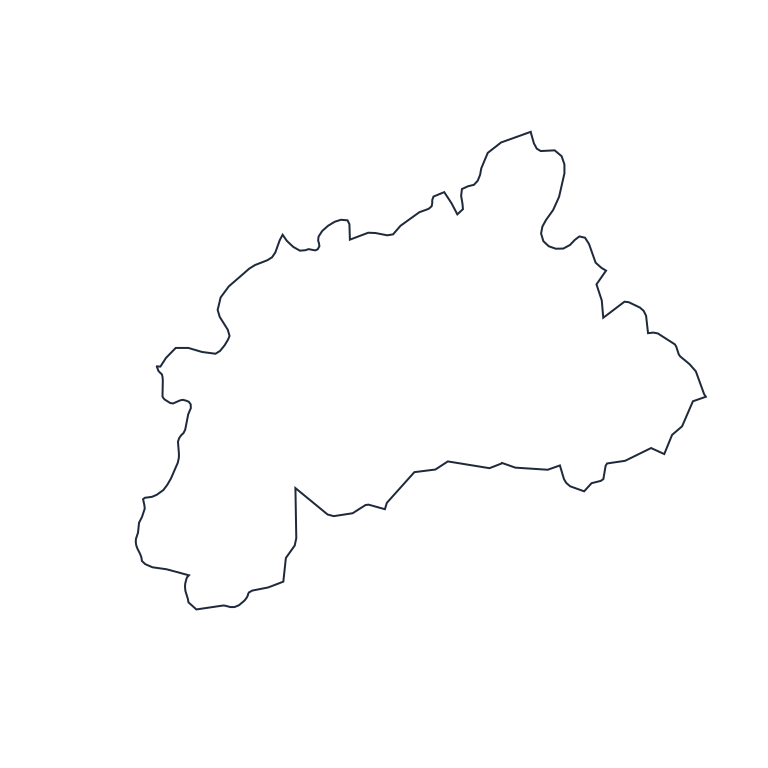 an SVG outline of Orense, rotated 157°
{"feature_id": "ESP-5838", "entity_name": "Orense", "entity_type": "Autonomous Community", "adm_level": 1, "iso_a3": "ESP", "parent_name": "Spain", "parent_adm1": "", "projection": "natural_earth1", "projection_center": [-7.513, 42.192], "detail": "fine", "context": "isolated", "style": "outline", "palette": "slate", "viewbox_px": 768, "rotation_deg": 157, "n_neighbors": 0, "source": "natural_earth", "source_scale": "10m", "svg_char_len": 2778}
<svg xmlns="http://www.w3.org/2000/svg" viewBox="0 0 768 768"><g transform="rotate(157 384 384)"><path d="M146.5,443.5L141.8,440.1L140.6,432.7L141.8,413.0L138.5,406.0L135.3,401.6L149.5,392.7L150.9,375.8L156.3,359.3L130.5,365.8L126.8,363.7L118.6,354.4L116.4,349.9L116.1,344.4L121.1,327.6L116.0,326.1L112.2,323.6L100.7,306.7L100.4,304.0L101.1,296.1L100.6,293.7L95.0,282.9L92.0,273.8L93.3,249.7L92.7,246.5L106.4,247.4L126.1,228.6L138.7,224.6L153.4,210.0L163.2,220.7L192.1,219.1L209.7,223.7L211.9,222.2L219.2,210.8L222.2,210.1L231.7,211.6L241.7,207.0L252.6,217.1L254.9,221.7L255.5,226.2L253.9,240.3L266.8,241.1L295.8,255.7L306.3,265.3L306.9,264.9L319.8,265.3L355.5,287.8L370.1,285.2L390.5,291.0L427.8,273.5L432.1,268.4L445.4,279.0L448.3,279.8L463.4,277.3L481.9,282.0L486.9,285.9L506.2,322.8L525.0,276.3L529.3,270.2L542.3,262.2L553.9,241.4L570.2,242.0L585.9,245.3L589.8,244.9L591.2,243.7L591.9,242.7L593.5,241.2L596.9,239.2L604.1,237.0L608.8,237.1L612.6,238.7L617.1,242.2L618.8,243.0L644.8,249.8L649.3,259.4L648.5,263.0L647.7,270.9L646.5,274.9L645.0,277.9L642.1,281.7L640.9,283.0L638.3,284.1L656.5,298.4L668.8,305.8L674.2,311.5L676.0,315.7L675.1,319.0L674.9,322.5L675.3,329.0L675.1,332.3L674.3,335.4L672.9,338.3L668.5,343.3L663.7,352.0L658.8,356.1L652.9,362.8L651.9,366.2L650.8,372.1L648.6,372.7L641.7,370.8L636.5,370.8L628.5,372.6L622.7,376.0L617.0,380.3L604.5,392.2L601.7,396.2L600.2,399.4L596.2,411.4L593.7,414.2L590.7,416.1L587.7,417.2L584.8,419.7L576.0,432.7L571.2,437.3L569.9,440.8L570.6,443.9L572.9,446.2L575.5,448.1L578.3,448.6L585.7,448.5L588.2,450.0L592.0,455.5L592.5,456.9L592.8,459.0L586.3,473.5L585.1,477.0L584.7,479.6L586.5,483.9L586.3,488.9L586.2,489.0L583.0,487.4L574.5,493.2L561.6,498.6L550.1,493.7L539.0,484.6L527.3,477.7L522.0,478.5L515.6,481.9L510.1,485.9L507.4,488.6L506.6,495.0L509.0,509.9L508.2,517.2L504.0,522.8L500.6,527.5L488.7,534.5L462.8,542.9L456.2,543.9L443.0,543.5L437.5,544.4L432.6,547.6L423.8,557.1L419.0,561.0L417.5,553.7L414.0,545.7L409.3,539.6L404.2,537.9L400.7,537.6L395.2,533.9L392.4,533.9L389.6,536.1L388.9,538.9L388.5,542.0L386.6,545.3L381.1,549.0L373.7,551.5L365.9,552.6L359.5,552.0L353.6,548.9L353.4,544.6L359.0,530.2L339.4,529.4L333.0,526.4L322.9,519.6L317.2,518.2L307.0,523.2L284.4,528.3L274.5,527.8L270.7,529.0L269.0,531.5L267.7,534.5L265.2,537.2L253.6,537.1L251.2,523.9L250.2,511.5L243.0,514.1L241.3,519.4L239.5,527.0L236.1,533.0L229.3,533.2L223.4,532.2L218.3,534.5L213.8,539.0L210.2,544.5L198.2,556.2L197.5,556.4L181.8,560.6L150.4,558.8L150.6,557.9L152.0,546.9L151.4,540.9L148.7,537.2L135.6,532.4L131.5,524.3L132.1,515.7L135.6,507.4L149.7,487.9L160.3,478.1L170.9,471.6L176.7,467.0L180.6,461.2L181.5,453.2L178.5,446.4L173.0,441.4L166.0,438.6L158.5,439.3L152.0,442.1L146.5,443.5Z" fill="none" stroke="#1e293b" stroke-width="2"/></g></svg>